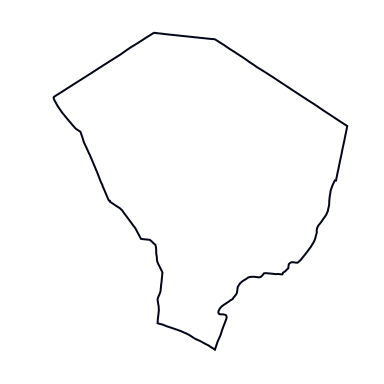 outline of Louga, Louga, Senegal, rotated 276°
{"feature_id": "50182788B22933374767599", "entity_name": "Louga", "entity_type": "district", "adm_level": 2, "iso_a3": "SEN", "parent_name": "Senegal", "parent_adm1": "Louga", "projection": "natural_earth1", "projection_center": [-16.123, 15.776], "detail": "fine", "context": "isolated", "style": "outline", "palette": "ink", "viewbox_px": 384, "rotation_deg": 276, "n_neighbors": 0, "source": "geoboundaries", "source_scale": "gbopen_adm2", "svg_char_len": 3399}
<svg xmlns="http://www.w3.org/2000/svg" viewBox="0 0 384 384"><g transform="rotate(276 192 192)"><path d="M189.2,102.1L184.1,105.0L175.4,109.8L175.0,110.2L174.8,110.6L174.7,111.2L174.4,111.2L174.0,111.2L173.9,111.2L172.6,113.7L171.4,115.9L169.7,119.1L168.5,121.7L166.6,124.3L165.4,125.3L163.8,126.7L163.1,127.4L156.4,133.6L154.4,135.4L152.8,136.8L150.5,139.0L149.8,139.6L144.0,143.5L142.1,144.8L140.1,146.1L140.0,148.1L140.0,155.1L138.8,156.9L137.8,158.1L135.5,161.2L133.1,162.0L130.0,162.5L126.8,162.9L123.7,163.8L121.1,164.2L119.5,164.6L119.2,164.7L116.7,166.1L110.3,170.2L109.1,170.8L108.8,171.0L100.1,171.1L95.6,171.0L92.5,171.1L89.6,171.0L87.4,170.5L83.6,169.3L81.5,169.0L78.9,169.6L77.1,170.1L75.1,170.7L73.4,171.0L70.9,171.4L68.8,171.4L66.4,171.4L61.6,171.3L57.9,171.5L57.8,172.0L57.6,172.7L57.3,174.8L57.1,176.6L56.5,178.6L55.9,180.5L54.8,185.8L54.0,189.1L53.1,193.1L52.4,195.8L51.3,199.1L50.3,202.4L48.6,206.0L47.1,208.9L46.0,211.3L45.5,213.2L44.4,216.3L43.4,218.7L42.5,220.7L41.2,224.3L39.6,227.3L38.3,230.1L37.6,231.3L45.5,233.0L52.5,235.3L58.4,236.5L61.6,237.3L64.8,238.2L67.9,239.0L69.9,239.5L71.2,239.5L72.1,239.3L73.2,238.4L73.5,236.6L73.5,235.1L73.3,233.1L73.5,231.8L74.1,231.1L75.3,230.8L76.7,230.9L78.7,231.7L81.3,233.4L83.9,236.4L87.0,240.2L88.2,241.4L89.7,243.5L91.1,244.2L92.7,245.3L94.8,246.6L95.2,246.8L96.2,247.2L96.7,247.2L98.0,247.3L100.7,247.4L102.4,247.4L104.0,248.2L106.4,249.5L108.8,251.8L110.7,254.3L112.4,256.4L112.8,256.7L113.5,258.3L113.6,258.5L113.7,259.1L114.2,262.4L114.1,267.6L114.7,269.1L115.2,269.7L117.7,271.6L118.6,272.0L119.0,273.6L119.1,279.1L119.1,284.6L119.5,286.1L119.4,290.2L119.9,290.6L120.0,290.6L121.2,290.9L121.3,291.0L122.9,293.0L125.0,294.6L126.1,295.7L127.8,295.7L129.6,295.8L130.3,295.8L131.5,296.7L132.6,298.3L132.7,300.3L132.6,302.8L132.8,304.5L134.5,306.1L136.4,307.6L139.1,309.3L141.1,310.6L143.3,312.0L149.5,315.7L154.1,317.9L156.0,318.7L159.0,319.5L161.7,319.8L164.9,320.4L166.7,320.0L169.6,320.3L172.1,321.3L174.9,323.2L179.0,325.4L182.8,327.6L184.7,328.3L187.4,329.1L189.8,329.3L193.0,329.7L194.6,329.7L195.4,329.6L196.9,329.5L198.5,329.4L203.2,329.5L206.1,329.7L207.7,329.7L212.9,330.9L215.8,331.9L218.4,332.8L218.4,334.0L226.6,334.8L227.1,334.9L227.6,334.9L232.2,335.4L232.3,335.4L236.8,335.8L241.4,336.3L246.0,336.8L250.7,337.2L255.2,337.7L255.3,337.7L259.9,338.2L264.5,338.6L269.1,339.1L273.8,339.5L278.9,329.5L284.1,319.5L287.2,313.4L287.4,313.2L289.2,309.7L289.3,309.5L290.5,307.5L291.2,306.0L291.8,305.0L294.5,299.5L299.6,289.5L304.8,279.4L305.0,279.0L305.2,278.7L310.0,269.4L315.2,259.4L320.2,249.4L322.9,243.7L324.4,241.0L325.3,239.4L326.2,237.6L327.2,235.7L330.7,229.4L334.5,222.0L335.9,219.3L338.5,213.9L340.1,211.1L340.5,210.2L341.0,209.5L341.1,209.3L342.7,206.0L345.9,199.6L346.3,198.3L346.3,198.0L346.3,197.0L346.2,195.9L346.2,189.6L346.2,179.8L346.2,170.1L346.2,160.4L346.2,150.5L346.3,145.3L346.3,140.8L346.4,137.9L346.2,137.6L345.7,136.6L343.7,134.1L342.0,131.9L340.3,129.7L337.2,125.9L334.8,122.9L332.6,120.1L330.0,116.6L327.4,113.5L325.8,111.6L325.7,111.5L321.6,106.9L313.4,96.5L305.2,86.2L296.9,75.9L288.7,65.5L280.5,55.2L272.3,44.9L271.7,44.5L271.0,44.7L270.9,44.6L269.3,45.3L263.7,49.2L257.2,54.7L249.9,62.2L242.9,69.6L241.6,72.1L240.3,74.7L235.1,77.2L230.1,79.3L224.2,82.9L219.3,85.7L218.4,86.4L209.8,91.1L201.3,95.8L192.6,100.2L189.7,102.1L189.2,102.1Z" fill="none" stroke="#020617" stroke-width="2"/></g></svg>